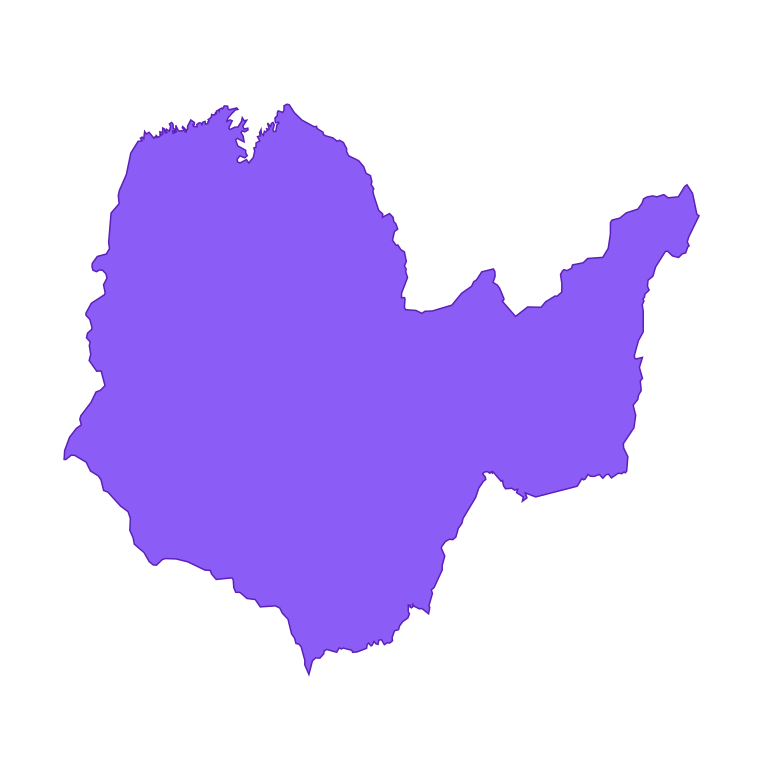 outline of Gokwe North, Midlands, Zimbabwe, rotated 177°
{"feature_id": "62879985B87269615821372", "entity_name": "Gokwe North", "entity_type": "district", "adm_level": 2, "iso_a3": "ZWE", "parent_name": "Zimbabwe", "parent_adm1": "Midlands", "projection": "equal_earth", "projection_center": [28.8, -17.557], "detail": "fine", "context": "isolated", "style": "filled", "palette": "violet", "viewbox_px": 768, "rotation_deg": 177, "n_neighbors": 0, "source": "geoboundaries", "source_scale": "gbopen_adm2", "svg_char_len": 6151}
<svg xmlns="http://www.w3.org/2000/svg" viewBox="0 0 768 768"><g transform="rotate(177 384 384)"><path d="M71.0,567.1L73.4,565.5L80.3,555.5L90.6,555.1L94.6,558.5L101.9,556.6L105.7,557.8L111.6,557.0L115.1,555.3L116.8,551.1L121.4,545.3L133.0,542.3L139.7,537.4L147.8,535.7L149.4,533.4L150.1,521.8L153.0,507.7L158.9,499.0L174.1,498.7L178.8,494.6L189.5,493.1L190.7,489.8L195.1,487.7L198.4,488.7L199.7,487.7L202.0,484.2L201.1,474.8L201.7,466.4L206.6,462.6L208.6,462.9L218.2,457.7L223.2,452.4L236.5,453.4L249.1,444.6L261.5,460.4L259.8,462.0L259.9,463.4L263.5,473.5L265.7,476.9L269.8,479.8L267.4,485.8L267.4,490.5L268.7,493.2L280.5,490.9L286.1,483.2L289.1,481.4L291.4,477.0L301.8,470.5L312.1,459.2L331.9,454.4L339.2,454.5L342.5,452.6L348.3,455.8L358.6,457.1L359.6,459.5L358.6,467.6L359.0,469.2L362.0,469.3L361.7,473.8L354.9,489.1L356.5,494.9L355.8,497.6L357.4,500.7L355.3,505.3L356.7,514.9L360.2,517.3L362.9,522.1L364.5,521.7L368.0,527.1L365.6,535.7L362.2,538.0L363.9,543.6L365.7,545.5L366.2,550.0L369.5,553.9L376.7,550.7L376.4,553.9L380.2,557.7L384.4,573.3L385.0,577.2L384.0,579.7L386.4,583.9L385.5,586.6L386.6,592.8L390.8,595.3L392.9,602.1L397.6,608.3L407.4,613.8L409.2,618.0L409.0,621.0L411.9,627.3L415.7,629.7L418.1,628.9L422.0,632.4L429.3,634.9L431.2,636.1L431.8,638.7L437.4,642.6L437.9,644.8L440.4,644.6L452.2,651.9L459.3,659.6L464.0,667.8L466.2,668.5L469.3,667.1L469.5,662.9L470.9,660.5L475.3,662.3L476.1,661.4L476.6,657.5L479.0,655.3L478.9,651.3L478.3,650.4L475.6,651.1L475.4,649.8L477.3,648.5L478.9,641.9L480.9,641.9L481.6,643.5L480.0,648.6L481.2,651.0L482.8,650.1L483.7,647.1L486.7,650.7L485.3,644.8L486.1,644.1L488.3,645.6L487.0,643.7L488.8,641.9L490.2,642.7L491.4,638.7L493.4,640.6L493.5,644.5L495.2,641.4L494.6,638.3L497.4,637.7L495.4,633.1L499.1,631.5L499.5,627.1L501.6,626.6L500.9,623.3L502.7,617.0L507.6,611.8L509.6,615.3L516.2,612.3L518.7,613.5L518.8,616.1L516.0,619.4L511.3,617.1L508.6,619.2L510.0,622.1L509.9,624.6L517.6,629.5L519.4,635.6L517.8,637.0L511.0,633.1L511.7,639.0L513.6,642.5L512.4,644.1L509.9,643.1L506.5,644.8L506.6,646.6L510.4,646.0L511.5,648.7L507.3,654.6L509.9,654.2L511.6,657.4L512.6,653.7L516.5,648.2L519.5,648.3L524.4,646.2L525.7,647.7L521.8,654.8L523.9,655.8L527.2,654.5L525.8,658.0L522.2,661.7L518.2,665.4L515.5,665.9L516.6,667.4L524.2,666.0L525.3,666.9L525.6,669.6L528.9,670.1L530.9,667.3L531.7,668.0L534.3,666.8L534.3,665.4L534.9,666.3L537.0,665.3L537.4,663.0L538.1,663.6L539.2,661.4L542.0,662.2L542.6,659.3L545.8,657.2L544.8,655.8L546.2,655.0L546.2,653.4L548.7,652.8L548.9,655.6L551.3,654.9L552.2,652.5L553.0,654.1L555.0,654.5L557.4,652.9L557.3,650.7L560.7,651.1L561.2,652.8L560.0,652.9L559.6,655.0L563.1,657.8L566.6,651.9L567.0,648.4L568.0,648.2L568.5,645.9L569.5,646.3L569.4,649.3L571.5,651.6L572.1,650.5L570.5,648.9L571.7,647.4L576.0,647.5L578.4,653.2L578.4,646.5L581.5,645.4L581.8,647.7L580.0,647.2L579.3,649.3L581.0,650.1L581.1,654.5L582.4,656.3L584.7,654.9L583.6,652.4L585.2,647.8L588.0,649.9L588.7,648.6L587.7,646.5L589.2,646.3L590.2,650.5L591.6,651.2L591.9,646.6L594.6,647.6L594.6,644.8L592.6,644.8L596.5,642.2L598.3,643.9L598.4,642.3L599.5,643.1L600.8,641.4L605.4,647.6L608.4,646.2L609.8,648.7L611.1,641.5L612.7,643.2L614.4,642.2L612.8,639.5L616.9,639.2L624.8,627.8L630.3,606.7L638.1,591.2L639.5,586.1L639.1,577.9L647.6,569.0L651.6,539.6L651.0,533.6L654.6,528.3L663.6,526.4L668.9,519.9L669.5,516.5L668.7,512.9L665.3,511.2L662.2,512.7L659.2,512.4L655.9,508.6L655.1,504.3L658.9,497.8L657.7,489.7L658.3,487.9L672.1,479.9L677.9,470.5L678.0,468.2L674.4,463.9L672.7,455.9L672.9,454.0L677.4,450.3L678.7,445.8L675.2,441.3L676.3,437.8L675.3,429.0L677.2,422.9L670.2,411.8L665.8,411.8L662.7,397.0L667.6,392.5L672.0,391.1L677.5,381.0L688.4,368.2L689.6,364.8L688.4,359.0L693.4,355.9L700.8,347.3L706.4,334.3L707.4,325.4L705.8,325.2L700.0,329.3L696.6,328.9L685.5,321.5L681.7,312.5L674.1,307.2L671.6,303.1L669.6,292.4L665.3,290.4L653.5,275.9L646.3,269.9L644.3,263.1L645.5,251.1L642.6,243.6L641.7,237.1L632.4,228.2L627.8,219.0L624.0,215.4L620.7,215.0L614.5,220.3L611.6,221.1L600.8,220.2L589.3,216.7L572.5,207.5L567.1,206.9L566.3,203.5L561.8,197.6L546.1,198.4L544.8,196.4L544.7,188.6L543.0,183.8L538.7,183.4L532.1,177.0L523.9,175.5L519.2,167.9L504.1,168.1L499.8,165.7L497.5,160.4L492.2,154.2L489.4,139.4L486.6,134.8L485.5,129.5L482.5,128.6L480.5,125.9L477.5,112.1L477.8,107.7L474.2,97.9L470.0,111.2L466.6,114.1L462.4,113.6L458.3,117.7L457.8,120.4L455.1,121.9L445.3,118.6L442.5,122.8L440.4,121.6L438.7,122.5L430.2,119.8L429.3,117.7L425.0,117.8L415.2,121.0L414.5,124.5L412.9,126.1L410.7,123.2L409.7,123.5L407.4,127.5L405.7,125.0L403.6,124.3L402.6,128.3L401.0,128.8L399.6,128.3L397.3,123.7L394.0,125.5L391.8,125.0L389.0,127.1L389.1,130.6L386.4,137.0L382.3,137.9L381.2,141.5L377.8,145.7L372.4,149.1L370.6,153.2L371.7,155.3L371.3,161.9L370.0,160.8L369.4,162.5L369.6,159.9L368.4,159.0L367.0,159.9L366.6,162.3L365.6,160.5L360.4,157.6L357.9,157.8L351.5,152.2L350.0,158.7L350.8,160.1L346.6,172.2L347.5,176.0L344.7,178.0L335.5,195.4L335.4,199.7L332.3,209.0L335.4,217.1L334.8,218.7L331.0,223.4L326.9,225.5L323.4,225.0L320.2,227.5L317.4,235.9L313.5,240.8L312.1,245.6L298.3,266.1L294.9,274.9L289.7,281.8L287.4,283.3L287.7,285.9L290.2,289.2L288.3,290.8L285.3,291.1L283.0,289.3L281.6,290.8L280.4,289.3L279.7,290.6L272.2,280.8L270.7,281.4L270.0,276.1L268.1,273.0L261.8,273.2L259.0,271.1L256.1,271.9L257.3,268.6L250.8,263.9L251.9,259.7L247.2,262.8L248.6,267.8L238.4,263.3L196.4,271.8L191.2,279.3L189.9,277.9L188.3,278.4L184.9,283.1L182.8,281.1L179.0,280.7L173.7,282.4L170.4,278.4L167.0,281.7L164.6,282.3L161.8,278.3L154.7,282.7L151.3,282.0L149.0,283.5L147.6,282.7L146.2,284.4L144.3,298.7L148.0,307.5L148.1,311.9L136.7,327.2L134.3,339.5L136.3,349.8L131.4,355.2L130.3,359.7L127.5,364.0L127.9,373.7L125.6,376.0L128.1,387.2L124.5,397.0L131.3,395.8L132.3,396.8L132.5,399.4L127.7,413.9L122.4,422.5L121.3,443.1L122.0,449.7L120.1,453.1L120.9,455.5L119.3,457.1L118.7,460.1L114.3,463.9L115.8,467.8L114.9,473.8L109.8,477.6L106.7,486.6L96.1,501.6L93.9,501.8L89.2,496.8L83.2,494.9L79.3,498.4L75.9,499.1L73.5,504.9L72.1,506.1L73.7,510.0L72.0,514.9L60.6,535.5L62.7,537.2L65.9,558.2L71.0,567.1Z" fill="#8b5cf6" stroke="#5b21b6" stroke-width="1.5"/></g></svg>